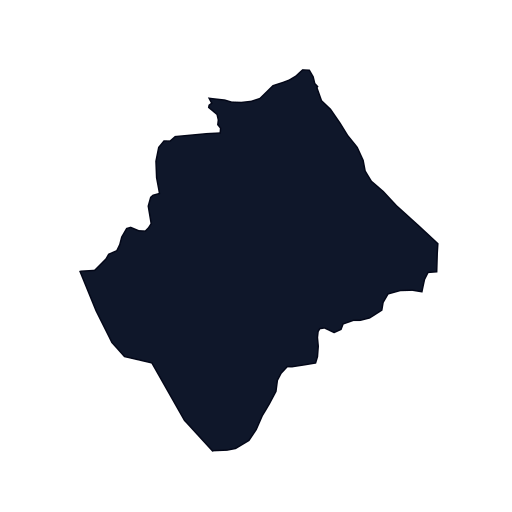 Karforh, River Gee, Liberia (Equal Earth projection), rotated 313°
{"feature_id": "62588387B52645090696794", "entity_name": "Karforh", "entity_type": "district", "adm_level": 2, "iso_a3": "LBR", "parent_name": "Liberia", "parent_adm1": "River Gee", "projection": "equal_earth", "projection_center": [-8.131, 5.281], "detail": "fine", "context": "isolated", "style": "filled", "palette": "ink", "viewbox_px": 512, "rotation_deg": 313, "n_neighbors": 0, "source": "geoboundaries", "source_scale": "gbopen_adm2", "svg_char_len": 1732}
<svg xmlns="http://www.w3.org/2000/svg" viewBox="0 0 512 512"><g transform="rotate(313 256 256)"><path d="M83.8,357.2L84.7,357.7L94.3,367.2L101.3,372.3L116.3,376.6L129.2,374.5L143.7,369.4L149.6,368.2L157.2,366.5L170.6,362.9L179.7,356.4L187.3,354.3L196.4,354.3L199.6,357.9L200.8,358.8L209.8,365.9L218.4,372.5L224.3,369.6L232.4,363.1L238.3,356.5L243.1,352.9L246.4,352.2L248.5,353.9L250.1,355.1L253.3,365.3L260.3,368.2L265.7,366.0L275.4,371.1L280.1,376.1L288.2,381.3L302.2,384.9L308.7,380.6L318.3,378.4L329.1,385.0L337.7,393.7L338.4,394.8L343.0,401.7L347.6,398.9L353.8,395.2L361.3,393.0L367.7,398.9L381.7,386.6L389.0,380.6L389.0,356.5L388.8,343.1L388.6,328.5L388.5,324.5L389.9,305.3L389.3,289.4L391.4,281.9L392.6,277.8L399.0,269.1L404.4,256.0L404.8,253.5L406.6,240.8L410.4,227.0L414.1,210.3L414.2,198.0L420.6,185.7L421.9,185.5L422.2,181.3L426.0,175.6L428.2,168.3L427.5,167.5L423.9,163.2L420.2,162.9L414.7,162.5L407.2,160.3L401.3,157.4L392.2,152.3L373.9,151.5L365.9,147.1L358.3,140.6L351.9,133.3L348.7,126.8L341.4,117.0L339.4,114.2L337.6,119.4L334.3,118.9L332.4,120.1L333.0,131.0L329.8,135.7L326.0,138.5L325.4,142.9L322.9,144.9L321.5,145.9L319.6,144.1L312.1,136.8L292.9,119.7L288.2,115.5L281.4,114.8L277.4,110.3L269.1,110.8L257.1,118.2L245.5,129.9L238.5,139.4L237.3,141.0L235.9,142.8L235.1,142.3L230.2,139.3L227.1,139.0L219.0,143.2L208.2,157.3L203.4,158.2L198.7,158.1L194.5,153.1L191.7,145.5L191.4,144.8L187.9,142.7L178.3,144.9L171.5,148.6L167.3,149.9L164.9,150.6L156.8,147.1L151.8,148.3L150.8,148.3L135.4,147.8L125.5,138.4L124.7,137.9L106.9,176.4L96.6,204.1L94.5,209.6L94.1,214.3L92.8,228.4L104.2,248.2L105.3,250.1L106.8,252.8L91.6,301.2L87.0,315.9L86.9,318.0L83.8,357.2Z" fill="#0f172a" stroke="#020617" stroke-width="1.5"/></g></svg>